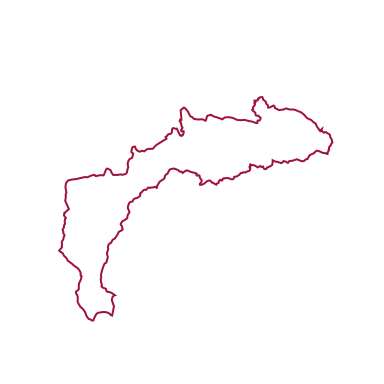 the district of Teregova, Caras-Severin, Romania, rotated 156°
{"feature_id": "2599482B41858605084991", "entity_name": "Teregova", "entity_type": "district", "adm_level": 2, "iso_a3": "ROU", "parent_name": "Romania", "parent_adm1": "Caras-Severin", "projection": "orthographic", "projection_center": [22.378, 45.199], "detail": "fine", "context": "isolated", "style": "outline", "palette": "rose", "viewbox_px": 384, "rotation_deg": 156, "n_neighbors": 0, "source": "geoboundaries", "source_scale": "gbopen_adm2", "svg_char_len": 6067}
<svg xmlns="http://www.w3.org/2000/svg" viewBox="0 0 384 384"><g transform="rotate(156 192 192)"><path d="M209.7,247.6L210.8,247.6L213.4,248.8L215.9,249.4L219.0,248.5L221.1,250.1L222.8,250.0L223.8,250.4L224.8,251.5L225.4,252.8L225.8,254.4L225.7,256.8L227.0,257.1L228.3,257.0L230.1,255.0L230.9,253.6L231.1,252.8L230.1,251.2L230.9,249.7L231.9,248.8L232.5,247.8L233.2,247.5L235.0,247.6L236.9,246.7L238.1,245.6L239.5,243.6L240.2,240.4L241.7,239.0L243.4,236.4L245.0,235.5L245.7,235.5L248.6,236.0L250.2,237.2L253.2,237.9L257.0,239.6L257.3,240.6L257.6,242.6L257.5,244.9L258.4,246.3L259.5,247.6L260.0,247.9L260.8,247.8L261.5,247.4L265.5,243.5L266.1,243.2L268.3,244.4L270.6,245.1L273.4,245.6L274.2,247.4L277.5,248.0L281.6,248.0L284.0,249.3L291.9,250.8L297.8,252.5L300.4,252.9L302.8,251.8L304.1,250.6L305.8,247.5L306.9,242.7L308.4,241.1L309.4,238.6L311.4,235.5L311.4,226.5L317.2,224.7L317.0,224.3L318.2,223.2L318.5,222.7L318.3,221.5L317.9,220.7L317.8,219.5L318.7,219.2L320.1,217.3L321.1,214.4L322.0,214.0L323.8,211.4L325.6,210.1L325.7,207.9L326.4,206.8L326.1,205.5L326.1,204.1L327.4,203.2L328.5,201.5L329.6,200.5L330.6,200.0L331.5,198.8L332.0,197.1L332.9,195.6L333.3,194.4L337.2,192.5L336.9,191.5L335.1,188.9L335.0,187.0L334.7,185.2L333.7,183.1L333.4,179.7L330.8,175.3L329.9,173.0L327.3,168.8L326.6,165.5L326.7,162.9L327.5,161.8L327.6,160.7L327.1,160.3L327.4,159.5L329.2,157.2L332.4,154.4L333.4,152.7L335.0,149.2L336.4,148.6L337.6,148.5L338.9,147.8L339.1,146.2L338.8,144.0L339.1,142.4L341.1,138.4L341.2,136.8L340.6,132.1L339.4,130.1L338.5,125.8L338.8,121.9L338.3,119.1L337.9,117.9L336.8,117.1L335.3,114.9L334.2,114.9L333.2,116.1L329.1,119.4L327.1,119.9L326.3,119.7L321.6,118.4L319.3,117.1L317.4,115.3L316.5,113.7L316.4,112.8L315.2,111.6L309.8,119.3L309.2,126.0L307.6,128.1L305.8,129.2L304.4,129.0L306.4,132.4L307.8,133.9L310.0,135.4L310.5,136.6L310.0,138.3L310.7,139.4L311.6,140.1L312.7,141.4L313.1,142.6L312.1,143.7L311.7,146.8L311.0,149.2L309.6,150.9L309.1,153.0L305.8,157.3L303.0,160.3L301.1,162.1L298.9,162.4L295.5,166.6L295.2,167.4L295.0,169.4L294.4,170.9L291.7,174.0L291.4,175.7L290.2,177.3L288.3,178.5L286.6,178.5L284.0,180.6L281.5,180.8L277.2,183.5L275.2,185.3L271.2,185.7L270.6,186.0L269.9,189.4L270.4,191.1L270.0,192.0L267.3,193.7L265.6,193.7L262.0,194.3L261.6,194.7L260.9,196.1L259.9,197.2L258.6,198.2L257.5,198.7L257.2,200.1L257.2,202.8L256.8,204.2L255.6,205.8L253.6,207.6L252.4,208.0L250.3,207.5L248.3,209.1L247.4,209.3L244.6,208.9L242.0,209.2L240.8,209.6L240.5,210.0L240.2,211.5L239.7,211.9L238.7,212.0L235.6,213.4L234.4,213.4L233.3,212.6L230.1,213.9L228.8,212.8L227.9,212.9L225.7,212.0L223.4,211.7L222.7,210.1L222.3,210.2L221.7,211.2L220.5,212.4L217.1,214.7L212.1,215.4L211.3,216.1L210.1,217.7L209.0,218.4L206.9,218.7L203.9,221.2L203.1,221.6L200.7,221.3L198.8,220.7L195.9,217.8L194.7,215.4L193.0,214.6L192.8,213.2L189.6,213.9L188.4,214.0L187.4,213.5L184.7,210.6L181.6,208.3L180.3,206.8L181.0,206.4L181.0,205.7L180.8,205.1L180.5,204.7L179.3,204.6L178.5,204.1L178.5,203.5L179.0,201.9L178.9,200.8L178.3,199.0L178.7,198.0L179.6,197.2L181.5,196.3L181.7,195.8L181.7,195.2L179.7,194.6L177.5,194.7L174.1,195.7L171.7,195.6L170.8,194.9L169.7,192.2L169.0,191.8L167.4,189.4L166.8,188.8L166.0,189.5L164.0,189.6L163.2,190.9L161.6,191.5L161.0,191.5L160.6,190.6L159.6,190.3L158.6,191.5L157.5,191.6L156.7,191.1L156.0,191.2L153.1,189.9L151.3,187.9L149.8,187.1L148.4,187.3L147.4,188.6L146.7,188.6L145.4,188.0L144.1,188.1L141.5,188.5L140.1,189.4L139.4,189.4L138.5,189.0L137.5,189.3L135.3,188.1L133.6,188.4L131.2,188.0L130.0,188.6L129.6,189.8L129.1,189.9L128.9,190.5L129.3,191.5L127.9,192.0L128.1,192.6L127.9,193.1L127.8,193.4L127.3,193.4L127.1,192.5L125.5,191.9L123.9,190.7L122.0,187.8L119.1,188.0L118.4,186.6L118.0,186.4L116.8,186.4L116.8,184.0L115.6,182.9L114.7,182.9L113.4,183.9L112.1,183.6L108.0,183.9L106.5,185.8L105.4,188.2L103.1,185.5L101.5,184.7L100.8,183.8L99.6,183.0L99.1,182.3L98.6,182.0L97.7,182.1L95.7,183.0L93.9,181.5L93.0,180.0L92.4,179.6L90.8,180.6L90.1,180.6L88.1,179.8L82.8,179.2L79.6,175.8L78.4,175.1L77.1,174.8L74.7,175.5L72.9,175.2L70.2,177.4L69.1,177.8L64.7,177.9L62.2,179.0L61.0,179.0L59.0,177.3L56.7,174.6L53.7,172.8L53.5,172.1L52.7,171.6L51.9,173.1L50.9,173.6L50.2,174.8L49.3,175.2L49.2,176.1L48.6,177.0L48.1,177.1L47.7,177.7L46.4,178.1L45.1,179.4L43.8,180.0L43.5,180.3L43.4,181.7L42.9,183.2L43.4,185.3L42.8,188.3L45.3,192.1L46.1,192.6L47.0,192.4L47.5,192.6L48.2,194.4L48.4,195.6L48.3,196.1L47.8,196.7L48.7,196.4L49.6,195.2L50.0,195.2L50.2,195.6L51.3,201.2L51.2,204.2L52.8,206.7L53.8,209.3L56.4,212.1L57.1,213.4L58.2,217.2L60.2,220.8L62.0,222.4L63.9,224.7L66.2,226.3L69.8,228.0L71.5,229.7L72.1,230.1L74.5,230.1L79.0,231.3L82.1,235.0L81.8,236.9L82.3,237.8L86.5,237.6L88.1,238.1L87.4,240.2L88.2,242.3L88.2,243.1L87.9,244.4L89.4,247.5L89.0,249.6L89.5,250.4L91.8,250.8L92.7,250.7L93.0,250.2L93.8,250.3L94.2,249.4L94.8,249.0L97.8,250.0L97.8,249.4L97.3,248.6L97.5,248.1L98.9,247.9L98.7,246.6L99.8,245.5L100.3,245.5L101.9,244.4L102.5,243.3L102.5,242.8L103.5,242.7L103.5,241.8L101.9,238.8L102.4,237.1L102.5,236.0L101.7,235.3L100.2,234.6L99.9,233.2L99.1,232.0L99.8,230.8L101.1,229.8L102.7,230.5L103.3,230.3L104.2,228.5L104.9,228.7L105.8,229.3L108.7,232.1L110.7,233.3L114.6,236.5L117.3,237.4L120.5,238.9L122.5,240.5L123.9,242.4L125.9,244.1L128.3,245.5L131.4,246.7L132.6,246.6L134.8,246.0L135.9,247.4L137.7,248.8L139.0,250.3L141.6,252.3L142.7,254.2L143.5,254.9L143.9,254.7L145.5,255.3L146.7,255.4L147.6,254.9L149.9,252.1L150.6,251.6L152.9,254.2L157.0,255.8L160.1,257.7L160.4,257.9L161.3,260.2L162.8,262.0L163.1,267.7L164.3,271.5L165.0,272.4L169.1,271.4L171.2,265.1L172.3,262.3L173.2,263.0L174.1,262.4L174.5,261.6L173.8,260.5L174.3,259.7L174.1,258.7L174.7,256.9L174.8,255.9L174.4,255.0L175.1,254.0L176.6,253.3L176.9,252.3L176.9,251.6L175.5,251.3L174.9,250.8L175.7,249.2L177.1,247.8L178.5,247.4L178.7,248.2L179.9,248.5L180.1,256.1L181.6,256.6L183.0,258.0L183.7,258.0L184.5,257.6L186.0,254.9L186.8,254.2L188.4,253.8L189.3,254.2L190.6,254.3L191.9,253.4L193.7,253.1L193.6,251.1L205.1,249.5L207.7,248.6L209.7,247.6Z" fill="none" stroke="#9f1239" stroke-width="2"/></g></svg>